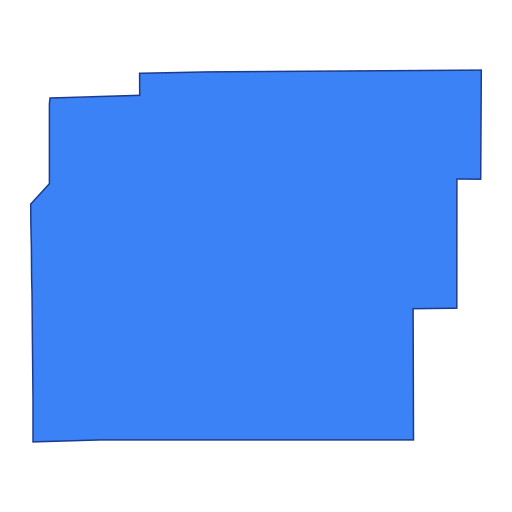 Hancock, Indiana, United States of America
{"feature_id": "52423323B28427139974873", "entity_name": "Hancock", "entity_type": "district", "adm_level": 2, "iso_a3": "USA", "parent_name": "United States of America", "parent_adm1": "Indiana", "projection": "natural_earth1", "projection_center": [-85.846, 39.821], "detail": "fine", "context": "isolated", "style": "filled", "palette": "blue", "viewbox_px": 512, "rotation_deg": 0, "n_neighbors": 0, "source": "geoboundaries", "source_scale": "gbopen_adm2", "svg_char_len": 400}
<svg xmlns="http://www.w3.org/2000/svg" viewBox="0 0 512 512"><path d="M50.0,98.0L49.4,103.9L49.4,157.7L49.4,183.7L30.7,204.1L30.9,226.1L31.4,248.0L31.6,278.0L32.0,292.0L32.2,313.9L32.3,330.0L33.0,398.1L33.0,441.9L100.9,439.9L413.5,439.9L413.1,308.7L456.8,308.2L456.9,179.0L480.7,179.2L481.3,70.1L207.4,71.9L139.6,73.3L139.7,95.3L50.0,98.0Z" fill="#3b82f6" stroke="#1e3a8a" stroke-width="1.5"/></svg>